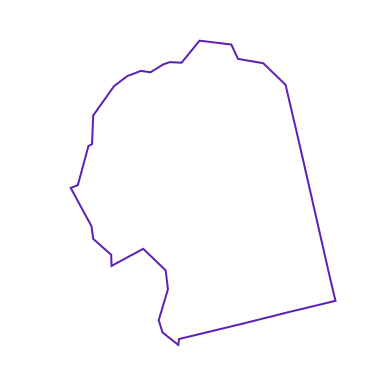 outline of Marion, Tennessee, United States of America, rotated 256°
{"feature_id": "52423323B8492210965079", "entity_name": "Marion", "entity_type": "district", "adm_level": 2, "iso_a3": "USA", "parent_name": "United States of America", "parent_adm1": "Tennessee", "projection": "albers", "projection_center": [-85.609, 35.151], "detail": "fine", "context": "isolated", "style": "outline", "palette": "violet", "viewbox_px": 384, "rotation_deg": 256, "n_neighbors": 0, "source": "geoboundaries", "source_scale": "gbopen_adm2", "svg_char_len": 582}
<svg xmlns="http://www.w3.org/2000/svg" viewBox="0 0 384 384"><g transform="rotate(256 192 192)"><path d="M47.0,141.7L52.5,143.9L52.0,213.0L52.1,256.1L51.7,304.9L71.7,305.1L74.2,305.1L198.9,307.6L228.8,308.1L273.4,308.7L299.7,292.3L310.0,268.9L325.6,265.8L337.0,235.9L320.0,213.2L323.4,201.7L322.7,194.7L318.2,180.7L321.9,171.6L320.1,157.1L313.6,142.0L290.1,114.6L262.7,106.6L261.6,102.6L226.3,82.9L225.3,75.3L183.1,86.2L170.4,84.8L150.6,98.4L139.8,96.1L148.7,130.9L122.3,147.5L103.4,145.1L75.7,128.7L62.8,129.4L47.0,141.7Z" fill="none" stroke="#5b21b6" stroke-width="2"/></g></svg>